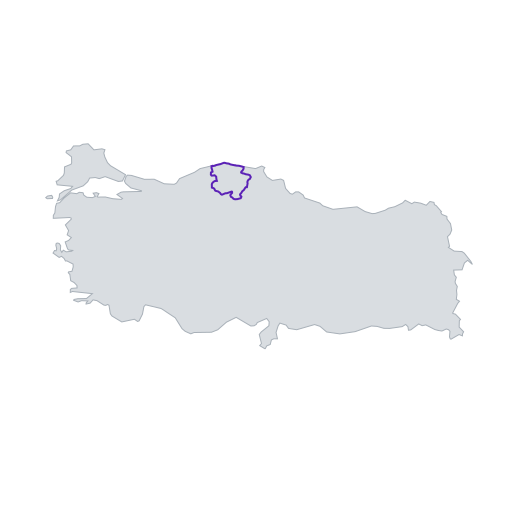 Kastamonu on a map of Turkey (Mercator projection), rotated 7°
{"feature_id": "TUR-2270", "entity_name": "Kastamonu", "entity_type": "Province", "adm_level": 1, "iso_a3": "TUR", "parent_name": "Turkey", "parent_adm1": "", "projection": "mercator", "projection_center": [33.677, 41.441], "detail": "fine", "context": "in_parent", "style": "outline", "palette": "violet", "viewbox_px": 512, "rotation_deg": 7, "n_neighbors": 0, "source": "natural_earth", "source_scale": "10m", "svg_char_len": 4834}
<svg xmlns="http://www.w3.org/2000/svg" viewBox="0 0 512 512"><g transform="rotate(7 256 256)"><path d="M397.3,182.5L404.3,185.1L406.6,183.2L413.1,183.5L418.8,184.9L422.0,180.7L426.1,181.1L426.8,183.3L428.8,184.1L434.7,189.4L434.0,190.1L435.5,192.1L440.6,193.4L441.1,196.1L445.1,200.2L447.1,206.4L445.9,210.7L443.7,213.5L446.9,222.8L445.9,224.0L452.1,227.0L459.9,226.5L462.4,227.8L469.9,235.2L471.8,238.0L466.6,234.5L463.7,237.5L462.2,244.6L453.9,245.9L455.2,250.6L457.4,252.7L456.7,257.1L457.2,258.8L459.5,261.7L459.2,265.6L460.1,269.7L460.1,274.6L463.5,276.1L462.0,278.4L458.2,288.4L458.4,289.1L461.0,289.4L466.7,294.0L465.7,295.5L466.3,301.8L471.3,305.9L470.5,308.0L470.6,310.1L467.1,309.2L459.7,314.8L458.9,314.6L457.9,312.7L457.7,307.1L456.0,305.6L453.7,305.3L449.7,307.8L446.1,307.7L442.5,307.2L432.9,303.7L429.4,304.9L425.8,303.6L418.6,310.5L416.4,311.1L415.4,307.6L412.9,305.7L409.7,308.3L397.4,311.6L391.7,312.2L384.8,311.1L379.1,311.4L363.6,319.0L348.7,323.1L335.4,322.8L328.1,318.0L322.5,316.9L305.4,324.2L297.1,323.9L294.3,320.9L287.9,319.7L286.5,322.5L285.2,329.4L287.4,335.6L283.8,336.0L281.5,337.4L280.9,342.1L277.6,343.9L276.5,346.8L275.9,346.9L270.6,344.5L272.1,342.2L268.8,333.5L270.4,330.8L277.3,323.7L277.1,319.6L274.2,316.7L265.4,321.9L264.6,323.9L262.6,325.5L259.4,326.1L243.8,319.3L234.7,325.3L227.0,333.9L221.1,337.1L203.8,339.5L200.8,341.2L194.9,339.4L191.4,337.1L183.4,327.2L168.3,319.7L152.3,317.9L150.9,319.9L150.4,327.5L147.9,334.6L146.5,335.4L143.0,333.6L130.8,337.8L120.3,333.1L118.5,331.1L116.1,322.8L114.6,322.2L112.9,323.3L111.1,323.3L103.6,319.7L99.6,319.4L97.1,323.0L93.2,324.4L93.1,323.4L94.6,321.1L88.3,321.6L85.0,323.3L80.4,322.2L80.7,321.3L84.4,320.1L92.9,318.9L98.2,313.3L78.1,313.6L76.1,314.8L75.8,311.9L77.0,310.6L82.3,309.5L81.9,307.1L78.7,304.5L75.1,303.1L73.5,297.0L71.7,295.5L71.9,294.6L75.2,293.6L75.9,289.1L75.4,286.3L68.9,283.9L67.5,284.2L65.8,281.8L63.0,280.0L60.8,281.4L54.2,277.8L55.4,275.1L57.0,275.2L57.3,273.1L56.0,269.6L56.2,267.8L57.6,267.3L59.2,267.6L60.9,269.7L61.1,273.7L62.8,276.1L64.0,273.7L67.1,275.0L72.4,273.8L73.4,272.8L69.5,272.9L68.1,271.9L64.9,265.3L68.1,263.4L70.5,260.2L66.0,258.0L66.9,253.6L63.0,248.4L68.2,241.9L67.9,240.9L66.3,240.5L50.2,243.3L49.9,240.3L51.1,237.8L51.0,231.4L51.7,228.0L54.7,227.0L58.4,221.9L64.3,215.9L70.5,216.0L72.9,214.3L76.6,214.3L77.7,216.6L80.9,218.3L86.6,218.0L89.3,216.4L86.7,213.5L89.9,212.6L92.5,213.2L91.1,216.5L91.9,216.8L99.2,215.8L106.9,216.6L115.4,216.2L116.5,215.2L110.5,211.9L114.3,209.1L116.5,208.5L134.3,205.9L134.4,205.2L123.5,203.7L117.8,199.9L116.3,197.8L117.4,192.8L118.6,191.4L122.5,191.2L136.0,193.5L145.6,192.2L156.1,195.5L166.1,194.8L168.2,193.3L170.7,188.5L184.8,180.4L189.8,176.1L211.9,167.8L244.9,169.3L250.7,166.0L254.0,167.1L253.1,169.3L253.3,171.3L257.2,176.2L263.1,179.0L271.3,176.6L274.2,177.6L277.1,185.3L282.2,189.8L284.6,190.2L287.6,187.5L290.6,187.2L295.4,189.8L297.1,192.5L312.9,195.7L316.1,198.0L326.7,200.3L350.3,194.9L358.9,198.6L366.1,199.8L369.2,199.2L378.7,194.8L381.7,192.4L387.7,190.2L395.1,185.4L397.3,182.5ZM93.1,168.9L92.4,172.4L93.9,176.2L97.2,181.4L100.5,184.1L116.6,191.2L114.3,197.8L110.3,198.8L96.6,195.6L91.0,198.3L87.0,197.7L81.4,198.9L79.9,202.8L76.0,207.4L65.1,213.0L55.1,224.1L52.2,225.5L53.5,221.7L53.4,218.4L57.7,214.6L63.9,211.6L65.5,209.2L50.0,209.6L48.5,206.2L50.1,205.5L55.1,199.4L55.6,197.0L55.1,190.9L61.2,187.5L61.7,186.0L60.8,180.0L54.9,176.5L55.0,174.8L59.2,173.2L61.5,169.0L67.6,168.2L70.5,166.2L75.7,165.1L82.2,170.4L90.0,168.4L93.1,168.9ZM47.0,223.7L41.8,224.6L40.2,223.7L41.8,221.9L45.8,220.7L47.1,222.5L47.0,223.7Z" fill="#d9dde1" stroke="#a8b0b8" stroke-width="1"/><path d="M200.9,172.2L201.5,172.1L201.9,171.8L202.2,172.0L203.8,171.5L204.6,171.2L205.6,170.5L209.2,169.3L212.8,167.4L213.6,167.3L215.2,167.6L217.6,167.6L218.1,167.7L219.3,168.2L224.1,168.6L224.5,168.5L225.1,168.7L228.1,168.5L232.9,169.2L233.0,170.9L232.3,172.7L231.2,174.0L231.1,175.0L232.6,175.6L233.4,175.6L234.4,175.7L235.7,176.1L238.5,176.2L240.0,176.6L241.2,178.3L240.5,180.3L239.7,180.8L239.1,181.5L238.6,182.5L238.4,183.7L238.6,184.2L238.8,184.8L238.6,188.8L237.4,189.0L236.7,190.2L236.0,191.8L235.5,192.4L234.5,193.4L233.7,195.3L232.9,196.3L232.7,196.9L233.1,198.0L233.6,198.2L234.3,199.0L233.8,200.5L230.6,201.8L228.6,202.2L227.7,202.2L226.7,202.0L226.0,201.4L225.3,200.8L223.9,200.3L223.1,198.8L223.4,198.0L223.9,197.3L224.6,196.3L224.4,195.2L224.1,195.0L223.3,195.3L219.6,197.2L217.9,197.5L215.5,198.9L214.7,199.3L213.6,198.9L212.8,197.9L210.7,196.6L207.8,196.2L207.5,196.0L207.0,195.3L206.8,194.9L206.3,194.2L205.1,193.7L203.9,193.5L203.4,190.3L203.6,189.2L204.6,187.8L205.8,186.7L208.0,186.2L207.4,184.8L206.8,182.1L205.1,180.9L203.5,181.4L202.1,181.6L201.3,180.8L201.1,178.6L202.6,177.6L201.8,175.4L201.1,174.0L200.9,172.2Z" fill="none" stroke="#5b21b6" stroke-width="2"/></g></svg>